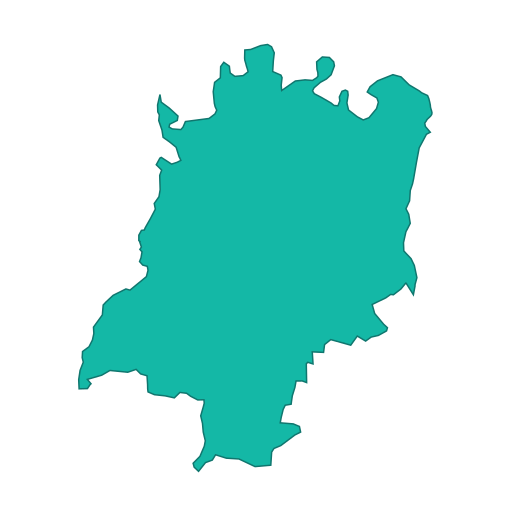 the district of Mandalay, Mandalay, Myanmar, rotated 175°
{"feature_id": "60261553B2723221956862", "entity_name": "Mandalay", "entity_type": "district", "adm_level": 2, "iso_a3": "MMR", "parent_name": "Myanmar", "parent_adm1": "Mandalay", "projection": "albers", "projection_center": [96.164, 21.97], "detail": "fine", "context": "isolated", "style": "filled", "palette": "teal", "viewbox_px": 512, "rotation_deg": 175, "n_neighbors": 0, "source": "geoboundaries", "source_scale": "gbopen_adm2", "svg_char_len": 3378}
<svg xmlns="http://www.w3.org/2000/svg" viewBox="0 0 512 512"><g transform="rotate(175 256 256)"><path d="M337.6,425.2L340.9,415.0L341.3,408.1L340.0,405.0L340.5,402.5L341.1,399.4L338.7,389.6L338.2,382.3L332.3,377.3L326.1,371.3L323.9,361.3L323.6,360.9L322.5,357.8L326.5,356.2L332.1,354.9L341.8,362.5L343.2,361.9L347.1,356.0L347.4,355.6L342.5,349.8L344.9,344.7L345.7,330.4L347.5,323.5L352.8,317.2L352.2,311.6L352.4,311.1L357.9,302.5L363.9,293.8L365.0,291.6L367.9,291.5L370.9,287.0L371.4,281.5L370.3,280.6L370.6,280.1L369.4,274.9L371.1,272.7L369.2,270.1L370.7,264.3L372.5,260.6L369.6,256.8L365.2,255.2L364.8,251.2L367.0,245.0L384.5,233.0L388.5,234.5L401.7,229.3L409.4,223.3L412.5,220.5L414.2,210.7L418.9,205.3L424.1,199.3L424.3,192.9L426.3,186.5L430.3,180.1L437.1,176.0L438.0,169.9L437.3,165.3L441.2,157.4L443.4,148.3L443.8,139.1L435.5,138.6L432.6,142.2L431.5,143.1L434.8,147.8L420.1,150.7L411.5,154.7L393.9,151.4L385.3,153.5L381.2,148.6L375.0,146.2L375.2,137.4L375.5,133.1L375.4,130.0L369.3,126.7L358.7,124.6L349.7,121.8L343.7,126.7L337.1,125.3L333.4,122.0L326.6,117.7L320.4,117.3L320.4,113.9L321.7,110.2L325.0,101.6L323.9,94.0L323.9,85.2L322.6,76.3L324.1,71.0L329.3,61.3L336.7,55.0L336.0,51.0L334.9,49.8L332.0,46.5L324.3,54.6L317.3,56.5L313.6,61.5L303.2,57.2L290.7,55.3L275.3,46.3L259.5,46.3L257.5,59.3L254.9,62.7L247.8,65.0L232.9,74.3L226.9,76.7L227.6,82.4L233.5,85.5L246.4,87.7L244.9,93.2L242.3,100.8L239.9,104.8L233.9,105.3L233.3,108.1L232.0,113.6L228.7,121.7L227.0,128.0L220.8,127.5L216.6,125.5L215.3,144.2L213.7,145.6L208.6,143.5L208.3,155.6L197.1,154.1L195.4,161.8L188.8,166.2L173.1,160.3L169.4,158.9L162.1,167.4L161.9,167.3L154.2,161.7L148.3,165.2L141.0,166.2L132.5,170.0L131.3,173.1L134.8,176.9L142.8,188.4L144.5,197.6L130.3,203.0L125.2,206.0L122.5,205.4L114.5,210.5L109.2,215.9L108.8,215.8L102.6,203.7L100.2,212.2L100.1,213.5L97.6,220.4L99.1,232.8L101.8,239.9L106.5,245.8L108.3,248.2L107.9,256.4L104.5,267.2L102.6,270.1L99.5,275.1L100.2,284.2L100.3,284.5L102.5,290.0L98.2,297.6L96.6,307.8L93.8,314.2L92.3,319.0L87.9,335.7L84.0,349.5L75.6,362.4L71.6,364.1L76.0,370.3L76.3,373.7L74.2,376.2L74.1,376.7L72.6,378.0L71.4,378.9L69.9,380.1L68.6,381.7L68.2,383.3L68.5,385.5L68.9,387.2L69.2,389.1L69.2,391.2L69.5,393.8L69.8,395.8L70.1,397.7L71.1,400.9L76.8,404.2L78.9,406.2L88.5,413.1L95.9,421.8L103.8,424.7L119.7,419.9L127.6,414.7L130.9,409.7L127.4,406.8L121.8,402.9L120.7,398.5L123.1,392.3L131.4,383.9L137.3,382.2L142.9,385.8L151.1,393.4L152.1,400.6L150.2,408.3L150.3,412.1L152.5,413.5L156.0,412.6L159.1,407.2L159.0,403.2L161.3,398.5L165.2,399.2L167.8,401.8L177.2,408.4L183.8,412.6L185.3,415.6L183.5,418.5L176.7,423.4L170.4,426.2L165.4,430.0L161.3,438.6L161.7,442.7L165.6,447.4L172.6,448.5L178.7,444.1L179.0,436.6L178.4,433.3L178.6,429.7L180.0,428.3L184.4,426.0L191.8,427.2L201.6,426.9L216.0,418.6L216.0,423.9L214.5,431.4L215.4,434.0L223.3,438.3L221.7,449.0L220.1,456.8L222.3,463.1L226.0,465.7L233.0,465.2L243.3,462.2L249.2,462.2L250.1,454.2L250.1,452.1L249.4,448.6L249.0,446.1L248.3,443.1L247.8,440.2L253.1,436.8L261.4,436.8L265.7,440.5L265.9,443.5L266.0,447.4L271.2,451.8L274.7,447.8L276.0,436.6L282.1,432.6L284.3,423.4L284.2,411.7L283.7,408.3L282.4,404.7L284.5,401.1L290.8,397.1L314.6,396.1L317.5,390.7L319.8,388.5L328.3,389.9L331.4,392.0L330.5,394.8L322.6,397.9L321.5,402.2L329.6,411.0L337.0,417.5L337.6,425.2Z" fill="#14b8a6" stroke="#0f766e" stroke-width="1.5"/></g></svg>